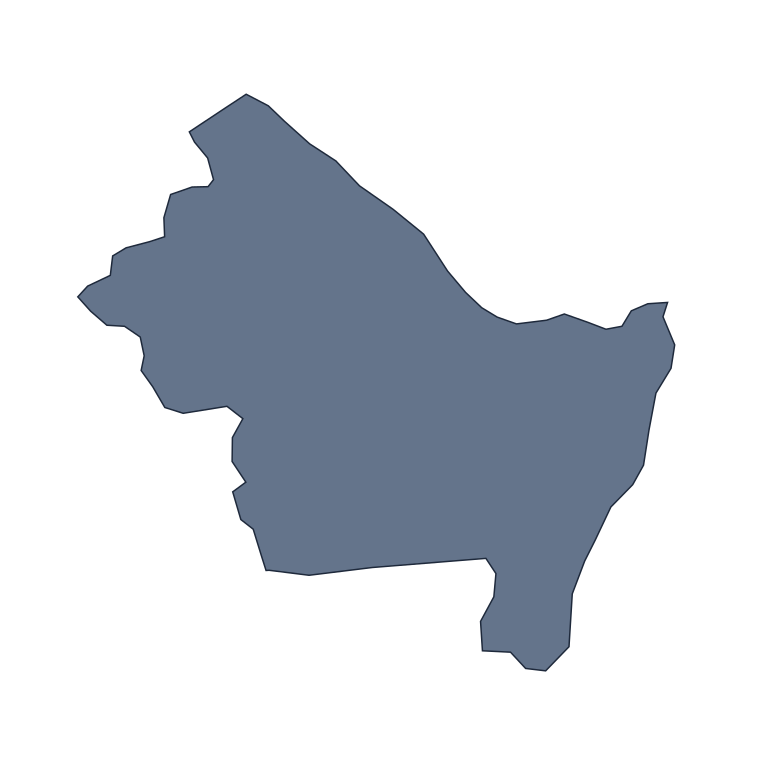 Karlskrona, Blekinge, Sweden (Mercator projection), rotated 353°
{"feature_id": "70781695B53871800350845", "entity_name": "Karlskrona", "entity_type": "district", "adm_level": 2, "iso_a3": "SWE", "parent_name": "Sweden", "parent_adm1": "Blekinge", "projection": "mercator", "projection_center": [15.674, 56.309], "detail": "fine", "context": "isolated", "style": "filled", "palette": "slate", "viewbox_px": 768, "rotation_deg": 353, "n_neighbors": 0, "source": "geoboundaries", "source_scale": "gbopen_adm2", "svg_char_len": 1151}
<svg xmlns="http://www.w3.org/2000/svg" viewBox="0 0 768 768"><g transform="rotate(353 384 384)"><path d="M244.2,554.7L247.3,554.9L286.3,564.7L349.9,564.7L426.4,567.9L463.9,569.5L472.0,585.8L467.1,608.6L450.9,631.4L449.2,660.8L476.9,665.6L489.9,683.6L509.5,688.4L535.6,667.3L545.3,615.2L561.6,584.2L574.6,564.7L594.2,533.7L618.6,514.2L631.7,496.2L641.4,462.0L652.8,426.2L670.8,403.4L677.3,380.6L669.1,351.3L675.4,337.6L655.6,336.5L638.4,341.5L627.2,355.7L611.0,356.7L593.8,347.6L571.5,336.5L553.2,340.5L522.8,340.5L504.5,331.4L490.3,320.2L476.1,303.0L460.9,279.7L441.6,240.1L414.3,211.7L383.8,184.3L364.4,158.1L363.6,156.9L339.5,136.6L317.3,111.2L303.1,93.8L282.5,79.6L260.3,90.6L221.5,110.0L225.4,120.8L236.5,138.2L239.7,160.4L233.4,166.7L217.5,165.1L195.3,169.9L185.8,192.1L184.2,211.1L168.4,214.2L144.6,217.4L130.3,223.8L125.6,242.8L101.8,250.7L90.7,260.2L101.8,276.1L116.1,291.9L133.5,295.1L147.8,307.7L149.4,326.8L144.6,341.0L154.1,358.5L163.6,380.6L181.1,388.6L225.4,387.0L239.7,401.2L227.0,418.7L223.8,442.4L234.9,464.6L220.7,472.6L225.4,501.1L236.5,512.2L241.3,539.1L244.2,554.7Z" fill="#64748b" stroke="#1e293b" stroke-width="1.5"/></g></svg>